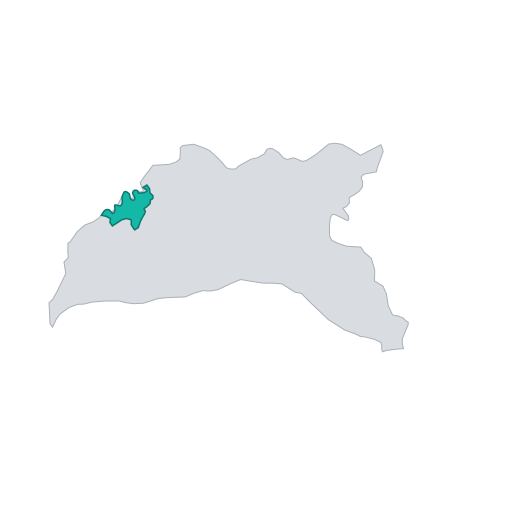 Moldova, with Soroca highlighted, rotated 297°
{"feature_id": "MDA-1653", "entity_name": "Soroca", "entity_type": "District", "adm_level": 1, "iso_a3": "MDA", "parent_name": "Moldova", "parent_adm1": "", "projection": "equal_earth", "projection_center": [28.265, 48.155], "detail": "fine", "context": "in_parent", "style": "filled", "palette": "teal", "viewbox_px": 512, "rotation_deg": 297, "n_neighbors": 0, "source": "natural_earth", "source_scale": "10m", "svg_char_len": 2916}
<svg xmlns="http://www.w3.org/2000/svg" viewBox="0 0 512 512"><g transform="rotate(297 256 256)"><path d="M100.2,107.1L102.1,103.3L120.4,92.8L125.1,94.5L134.6,94.9L154.0,94.5L163.5,87.6L169.4,89.5L174.2,86.5L182.2,82.6L183.4,83.4L184.4,84.0L196.7,85.7L206.0,89.5L212.2,95.2L218.6,98.8L225.2,100.2L228.9,103.1L229.6,107.4L235.8,109.6L247.4,109.5L252.4,112.4L250.6,118.2L251.8,120.2L256.0,118.2L259.1,119.9L260.8,124.2L262.6,126.3L268.6,119.5L274.8,120.2L290.0,123.0L298.2,137.0L303.3,142.0L307.7,144.1L313.3,141.9L318.2,139.3L321.1,140.5L327.3,149.8L328.8,162.0L328.8,167.0L326.6,175.3L323.6,184.1L321.1,189.8L322.2,194.5L324.4,198.4L328.1,199.6L339.9,207.5L344.4,212.9L350.8,217.0L355.7,217.2L358.2,219.4L359.1,222.2L358.5,229.2L355.8,235.8L356.2,240.0L360.6,245.0L361.1,250.8L361.4,254.5L363.7,257.4L374.6,263.8L388.8,270.0L392.4,275.4L394.6,282.1L394.1,293.5L393.2,303.4L411.8,316.7L409.7,319.2L406.9,321.9L389.3,324.0L385.7,325.1L377.9,315.0L373.9,313.8L370.2,317.5L365.7,319.5L360.4,318.5L354.6,315.4L351.7,313.2L349.4,312.9L345.9,315.1L341.1,314.2L338.0,311.7L333.6,320.2L330.8,322.0L329.1,321.8L328.7,307.3L327.4,305.1L323.8,304.8L315.2,308.2L307.1,312.6L304.3,316.6L304.6,323.7L305.8,332.3L311.5,345.2L308.4,350.8L306.3,359.8L297.5,368.1L287.6,372.9L286.8,382.8L281.3,389.5L271.8,396.3L265.5,404.4L267.1,410.0L267.5,415.2L266.4,418.8L266.2,421.6L263.7,422.8L249.2,423.8L245.1,425.6L240.4,429.4L235.9,422.1L231.4,415.6L228.1,412.2L229.5,410.6L233.1,408.8L235.7,406.6L235.4,398.9L233.5,390.1L231.7,385.8L231.6,379.2L230.3,368.8L232.1,349.6L239.3,325.4L243.3,313.5L241.4,306.9L242.9,291.7L239.8,284.1L234.9,274.3L228.0,252.9L219.3,245.5L208.6,237.3L204.1,231.2L201.0,224.4L194.7,217.7L187.4,211.5L178.8,196.1L174.3,189.1L172.9,187.3L163.0,177.4L157.9,168.5L155.3,161.2L153.8,154.4L146.9,141.1L140.7,131.1L134.7,124.0L132.0,119.0L125.0,112.6L115.0,107.6L108.5,106.7L100.2,107.1Z" fill="#d9dde1" stroke="#a8b0b8" stroke-width="1"/><path d="M222.1,99.7L226.8,100.2L228.6,100.9L230.0,102.4L230.5,104.4L228.7,108.8L230.0,109.7L232.0,109.7L233.4,109.4L236.1,107.4L237.5,107.2L238.2,109.1L238.5,111.3L239.4,112.6L240.9,113.0L243.0,112.6L244.9,111.6L246.3,110.6L247.8,109.8L251.8,109.4L253.3,109.5L254.2,110.4L254.4,112.6L253.8,114.9L252.8,115.9L251.6,116.7L250.2,118.0L249.6,119.6L249.8,121.2L250.8,122.1L252.6,121.8L254.0,120.5L254.9,118.8L256.1,117.4L258.1,117.2L259.5,118.0L260.3,119.6L260.2,121.3L258.7,122.7L261.2,127.1L262.3,128.1L264.1,129.2L265.0,129.1L265.3,128.0L265.4,126.1L265.9,124.2L269.7,126.6L267.6,130.6L264.2,132.7L262.9,136.8L260.4,138.0L257.8,136.5L256.1,137.3L254.4,137.8L250.2,136.3L248.7,135.4L247.1,134.8L246.4,135.8L245.8,137.0L243.0,137.6L240.1,137.3L233.9,137.3L227.8,138.2L224.2,136.0L225.1,134.1L227.4,130.4L229.7,129.5L231.6,128.2L230.5,123.4L227.2,119.9L217.6,114.4L219.5,110.7L223.2,109.3L223.3,104.5L222.1,99.8L222.1,99.7Z" fill="#14b8a6" stroke="#0f766e" stroke-width="1.5"/></g></svg>